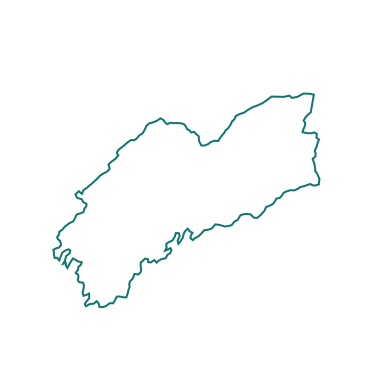 Córrego do Ouro, Goiás, Brazil, rotated 47°
{"feature_id": "56859067B22352595900179", "entity_name": "Córrego do Ouro", "entity_type": "district", "adm_level": 2, "iso_a3": "BRA", "parent_name": "Brazil", "parent_adm1": "Goiás", "projection": "equal_earth", "projection_center": [-50.579, -16.362], "detail": "fine", "context": "isolated", "style": "outline", "palette": "teal", "viewbox_px": 384, "rotation_deg": 47, "n_neighbors": 0, "source": "geoboundaries", "source_scale": "gbopen_adm2", "svg_char_len": 3468}
<svg xmlns="http://www.w3.org/2000/svg" viewBox="0 0 384 384"><g transform="rotate(47 192 192)"><path d="M203.2,347.5L204.3,343.1L206.8,339.8L206.7,336.3L209.7,336.2L212.9,338.0L215.2,336.0L216.7,332.8L217.3,327.9L219.6,325.6L218.4,321.5L217.2,318.4L218.8,316.4L222.0,314.2L224.3,311.9L222.4,308.3L220.2,305.1L218.9,302.4L216.8,301.0L215.1,298.5L214.9,294.5L212.7,289.9L215.8,287.4L215.5,284.0L213.6,281.7L211.0,280.0L208.6,277.7L208.8,274.7L208.6,271.8L211.1,270.1L213.3,271.8L215.3,270.4L216.1,266.0L219.5,266.1L219.5,262.9L220.3,260.0L222.5,256.5L221.2,252.8L221.9,249.6L220.5,246.7L218.4,246.0L217.5,249.3L216.5,251.7L215.3,248.4L212.5,246.4L212.7,243.5L214.1,239.2L212.9,235.0L211.0,231.8L213.2,229.7L216.1,231.3L217.6,235.6L220.6,237.3L220.2,234.2L219.2,230.0L217.1,226.8L215.9,223.9L215.9,220.1L219.1,220.5L222.2,219.5L223.1,222.6L224.7,224.7L227.7,224.2L227.7,221.3L228.8,217.6L228.7,213.5L228.3,209.0L230.7,205.8L232.2,202.3L231.6,197.0L234.4,194.7L237.1,192.9L239.5,191.7L241.3,189.1L243.3,185.7L242.5,181.1L243.6,177.8L242.1,172.7L243.6,169.0L245.9,166.5L248.4,164.4L250.5,164.4L253.1,164.2L255.5,161.8L255.6,157.0L255.1,151.7L253.5,148.1L254.8,145.1L256.0,140.7L255.3,137.5L254.3,134.9L256.1,132.0L255.9,128.5L255.0,125.6L256.0,122.6L257.8,118.8L260.7,115.9L261.8,112.4L262.2,109.5L263.8,106.7L265.3,103.4L266.7,100.1L269.1,99.3L271.1,97.8L273.0,94.0L271.1,92.0L269.4,89.9L267.4,89.2L265.4,88.4L263.0,87.8L260.8,87.6L257.7,85.0L254.9,83.4L250.0,81.1L250.2,77.6L248.3,75.4L245.6,74.2L243.9,70.0L241.6,66.4L240.2,63.4L237.1,63.9L234.8,61.1L231.9,61.9L230.4,64.6L227.4,67.8L223.5,70.3L222.1,67.8L220.9,64.8L219.0,62.2L215.8,61.6L214.8,57.6L214.5,54.7L214.7,50.8L203.9,36.5L200.3,39.0L196.1,43.3L194.2,50.2L191.4,54.7L188.1,55.0L184.9,60.1L176.4,68.8L176.0,73.5L175.1,80.0L173.0,85.9L171.6,89.1L170.1,94.8L169.5,99.8L167.5,103.9L166.3,108.3L167.7,111.3L167.7,114.4L169.1,118.0L170.1,122.3L169.8,125.3L170.8,128.4L171.0,131.3L171.6,134.6L172.6,138.1L169.8,140.6L168.3,144.0L167.9,147.8L166.4,151.4L164.3,153.4L161.4,152.7L158.8,151.7L156.0,149.1L152.0,149.5L149.4,149.4L147.9,152.1L145.2,151.8L142.5,152.7L140.0,151.8L137.0,151.6L134.2,153.2L131.7,155.6L129.1,158.5L126.6,160.5L125.6,163.8L123.0,164.3L120.0,163.8L116.6,164.8L116.0,169.0L114.3,173.4L112.5,176.7L112.6,180.6L114.2,184.0L115.4,188.3L114.7,192.1L115.2,196.1L114.7,199.0L112.4,201.1L111.8,204.9L111.7,208.4L111.4,212.8L111.0,217.0L112.1,220.4L114.9,220.8L115.5,225.3L115.0,229.5L114.8,234.2L118.9,236.5L119.2,240.3L118.1,243.8L117.3,247.8L117.6,252.5L117.6,259.2L117.3,263.0L117.2,266.4L116.6,270.1L118.3,273.8L114.3,274.2L114.2,278.8L117.6,280.0L120.2,278.7L122.1,277.6L125.0,278.4L128.8,277.3L130.5,279.3L130.8,282.1L132.7,285.0L131.6,287.9L129.8,291.7L131.6,296.0L132.5,298.9L131.2,302.7L130.6,308.6L131.1,312.5L130.6,316.0L132.3,318.0L133.0,321.4L135.1,322.3L137.7,321.8L141.4,323.8L142.0,327.1L140.6,329.6L139.7,332.8L141.6,333.8L143.8,335.9L146.6,337.4L148.1,335.5L151.5,335.8L149.9,332.5L148.0,328.6L148.3,324.7L149.7,321.4L151.7,320.9L153.4,323.4L153.0,327.9L155.7,331.8L156.6,335.2L157.7,332.7L160.2,334.5L162.6,334.9L161.4,331.7L160.5,328.9L159.4,324.4L162.3,323.4L165.2,322.6L168.2,320.5L169.5,323.2L169.2,326.3L170.9,327.9L171.9,332.3L174.6,331.7L176.8,333.0L178.4,335.6L181.0,336.0L184.2,333.4L187.1,335.2L189.3,338.0L190.7,340.4L193.9,342.1L195.3,339.3L196.1,336.6L197.9,338.0L199.7,339.8L199.9,343.1L200.8,346.8L203.2,347.5Z" fill="none" stroke="#0f766e" stroke-width="2"/></g></svg>